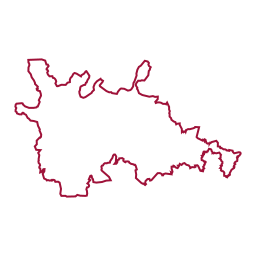 Chiconquiaco, Veracruz, Mexico (orthographic projection)
{"feature_id": "50627088B84819198582198", "entity_name": "Chiconquiaco", "entity_type": "district", "adm_level": 2, "iso_a3": "MEX", "parent_name": "Mexico", "parent_adm1": "Veracruz", "projection": "orthographic", "projection_center": [-96.756, 19.758], "detail": "fine", "context": "isolated", "style": "outline", "palette": "rose", "viewbox_px": 256, "rotation_deg": 0, "n_neighbors": 0, "source": "geoboundaries", "source_scale": "gbopen_adm2", "svg_char_len": 5799}
<svg xmlns="http://www.w3.org/2000/svg" viewBox="0 0 256 256"><path d="M66.8,196.6L75.5,196.4L77.3,194.9L80.3,195.7L85.5,195.9L86.8,195.6L87.2,193.6L86.9,190.7L86.4,189.6L86.6,188.5L87.0,187.4L88.0,187.3L88.9,186.5L89.1,185.5L88.6,184.3L87.4,183.5L90.2,180.1L88.8,179.4L90.3,175.9L91.2,175.6L91.8,176.2L91.8,177.5L93.0,179.3L93.4,182.1L96.3,182.6L102.0,182.0L106.2,180.6L110.7,180.3L109.0,176.9L101.9,170.7L101.4,169.9L101.8,168.7L101.4,166.6L101.9,165.7L102.9,165.5L103.8,164.0L104.9,163.2L106.8,163.3L107.3,162.9L109.9,162.6L110.2,161.1L112.4,157.9L113.1,155.5L114.1,154.5L115.1,154.6L116.2,156.5L115.8,162.2L114.6,163.8L116.3,163.7L117.2,162.5L117.6,160.1L118.9,159.6L119.2,158.4L122.2,158.1L123.6,159.0L123.3,160.7L124.6,161.9L125.4,162.2L125.7,161.5L127.9,161.4L128.9,161.7L129.2,162.6L131.0,163.8L133.7,164.4L134.3,165.0L135.0,164.8L135.6,165.5L136.8,169.5L135.5,170.3L136.2,174.5L135.9,178.0L141.4,183.0L142.7,183.7L143.2,183.5L145.1,185.0L146.0,184.1L145.1,183.0L145.6,181.0L147.5,179.1L149.4,178.9L150.1,180.6L151.4,180.2L157.6,173.2L159.9,173.1L161.7,174.0L162.2,175.3L163.1,175.3L163.7,174.1L165.5,173.5L171.5,174.3L171.1,172.6L171.9,173.2L172.5,171.7L171.6,168.6L171.6,166.7L173.0,166.6L173.4,165.7L174.1,166.0L174.2,166.6L174.6,166.5L176.0,167.6L177.6,168.1L178.7,166.4L178.1,165.6L179.3,165.4L179.8,163.9L181.6,164.9L183.0,163.5L184.5,163.1L186.4,164.8L188.7,165.4L190.0,166.9L190.2,168.1L192.0,167.1L194.8,167.3L195.5,166.8L195.0,165.5L197.4,165.3L198.2,166.1L200.4,170.8L203.0,171.3L203.3,170.0L202.7,169.5L204.2,168.4L203.1,166.9L204.3,165.4L204.2,164.6L204.8,164.2L204.9,163.0L205.6,162.5L205.6,161.8L204.8,161.4L204.3,161.8L203.1,160.5L201.7,160.1L201.5,158.0L202.5,156.8L201.8,155.7L203.1,155.4L203.0,153.8L203.6,154.0L203.6,152.9L204.0,153.2L204.0,152.1L204.7,152.5L205.0,151.6L206.7,152.2L207.2,151.3L207.7,151.4L209.0,148.8L210.8,149.2L211.5,150.1L211.6,151.0L212.6,152.5L212.5,153.2L214.2,152.7L214.4,152.2L214.4,152.8L215.0,152.3L214.7,153.0L216.4,153.3L219.3,152.6L221.0,154.9L220.6,155.6L220.6,157.8L219.5,158.5L221.0,159.8L221.3,160.9L222.4,161.8L222.4,163.4L221.6,164.2L221.9,165.4L220.8,165.7L221.3,166.5L220.3,167.9L220.7,167.9L221.2,169.2L220.9,170.4L222.0,171.1L222.8,171.1L223.9,172.0L224.4,173.1L224.1,173.9L224.2,175.8L225.9,176.0L226.2,177.0L227.2,177.3L227.6,176.0L228.7,175.0L228.8,175.6L229.9,174.8L229.8,173.0L231.6,169.7L234.1,168.0L234.4,167.0L233.7,166.7L234.1,165.4L235.3,164.1L234.4,163.2L235.3,161.9L237.2,161.0L237.4,159.6L237.1,158.8L238.1,156.9L237.2,156.9L237.4,156.4L239.4,155.6L240.6,153.8L240.6,153.1L240.2,152.5L238.9,152.2L234.2,153.3L233.0,152.1L232.6,150.7L229.2,150.0L229.1,150.8L226.6,150.4L226.5,150.0L225.0,149.3L223.5,149.3L221.5,148.0L220.6,148.2L220.1,147.9L220.1,146.7L217.8,146.4L217.9,142.8L216.3,140.8L211.6,142.1L210.6,143.0L210.1,142.7L209.5,143.7L209.5,143.4L209.0,143.7L208.4,143.3L207.4,143.6L206.3,142.7L205.9,141.0L205.4,140.7L204.9,141.2L204.8,140.3L204.3,139.9L204.9,139.5L204.5,139.3L203.7,140.3L202.9,139.8L202.6,140.6L197.7,138.2L196.6,137.0L199.1,127.2L195.1,127.0L194.7,127.7L192.9,128.4L189.7,129.2L188.1,129.1L186.2,130.1L185.7,131.7L185.5,131.2L185.3,131.6L184.6,131.5L184.6,131.8L184.0,131.5L183.3,132.2L182.5,131.2L181.9,131.9L181.8,128.9L179.7,124.9L179.7,123.4L176.9,123.8L176.2,124.3L175.4,122.1L173.7,121.5L171.4,119.7L171.1,118.2L169.6,116.6L169.6,113.8L169.2,113.2L169.8,111.1L169.1,109.6L169.1,106.9L167.1,102.6L166.1,104.2L165.8,103.9L163.1,103.9L160.9,102.7L159.4,102.4L157.5,102.4L155.8,103.0L155.3,101.8L157.7,99.2L157.8,96.6L155.1,96.9L152.9,96.1L149.3,96.7L142.3,95.0L139.0,93.2L137.8,89.9L137.0,88.8L137.4,87.9L136.0,85.7L135.8,84.7L136.2,83.3L138.2,80.7L140.4,80.8L141.7,80.3L144.4,80.5L148.3,75.3L148.8,71.0L149.9,69.6L149.9,68.7L150.7,67.2L149.0,66.0L148.4,64.5L148.9,63.0L147.7,61.5L144.8,60.8L140.8,65.7L138.9,66.9L137.4,69.7L136.4,73.6L136.6,75.5L134.5,81.3L133.5,83.0L133.1,86.5L131.3,89.3L130.2,90.1L127.9,90.6L124.3,88.8L121.1,88.5L120.0,89.2L118.0,91.6L116.9,93.9L112.0,93.1L111.3,92.2L109.2,92.3L106.5,91.1L99.9,86.2L99.7,85.3L102.5,82.0L103.0,80.8L101.0,79.6L100.6,78.8L96.9,81.3L94.7,83.9L93.5,87.1L94.0,90.0L92.2,91.7L91.6,92.9L85.4,97.1L83.3,97.8L80.6,96.7L79.5,93.5L79.3,91.5L79.9,90.4L80.3,87.4L80.8,86.5L83.5,85.1L85.2,84.8L85.9,82.7L86.7,82.4L87.4,80.3L89.1,77.7L89.4,75.8L86.4,71.2L85.7,71.4L84.0,73.7L81.5,75.2L81.0,76.4L76.7,73.7L74.6,73.0L73.4,73.8L71.9,76.6L70.7,77.7L69.9,79.5L69.9,82.1L67.5,82.7L65.7,84.9L61.4,84.8L57.8,86.2L56.9,86.1L55.4,83.4L56.2,81.6L55.9,80.3L55.1,79.0L54.2,78.1L52.9,77.8L52.4,76.2L49.5,76.3L47.9,74.5L47.2,72.5L48.1,71.1L47.7,70.2L46.6,69.5L46.6,68.8L48.6,66.0L47.8,64.6L46.4,64.5L45.2,60.6L41.7,59.4L28.3,59.9L28.5,62.6L29.1,63.3L29.4,65.1L28.5,67.4L28.4,71.2L30.8,74.3L31.7,77.3L33.9,80.4L35.0,82.9L35.0,83.9L37.8,86.7L37.3,87.9L37.8,88.4L37.5,89.5L36.8,89.3L36.9,89.9L37.8,90.6L39.9,91.1L40.8,93.9L41.0,95.7L38.8,100.2L39.7,101.9L37.8,106.5L37.1,106.6L36.5,107.4L33.4,107.9L29.1,107.9L25.1,106.4L23.0,104.5L22.7,103.5L21.9,103.2L16.5,103.7L15.7,104.6L15.4,106.7L16.3,108.0L15.6,109.8L15.6,111.4L16.6,112.0L17.0,113.4L19.3,114.3L21.5,114.4L22.3,113.0L22.9,112.7L23.6,113.0L23.6,113.6L26.0,114.8L27.7,118.0L28.8,118.6L30.5,120.6L33.8,121.0L37.2,122.0L38.0,125.8L39.8,129.4L39.5,130.4L41.2,134.5L41.0,136.8L40.2,137.7L39.7,137.5L36.7,140.6L36.8,144.3L34.8,146.4L36.2,149.8L40.4,150.1L38.2,152.9L39.3,155.1L38.6,159.1L38.8,160.5L38.4,161.1L38.7,163.0L39.7,164.0L40.1,165.3L39.3,166.9L39.3,167.8L40.2,168.5L40.5,170.5L40.2,172.4L41.8,171.8L43.4,169.2L44.5,169.1L44.3,171.4L42.7,173.8L44.1,178.5L46.4,179.6L46.8,180.4L48.1,180.1L49.7,180.6L51.3,180.2L51.5,180.6L52.2,180.5L52.2,179.9L53.8,179.9L54.6,180.2L55.3,181.8L58.1,181.7L59.6,182.6L61.0,188.9L60.3,193.8L61.4,195.9L65.6,195.9L66.8,196.6Z" fill="none" stroke="#9f1239" stroke-width="2"/></svg>